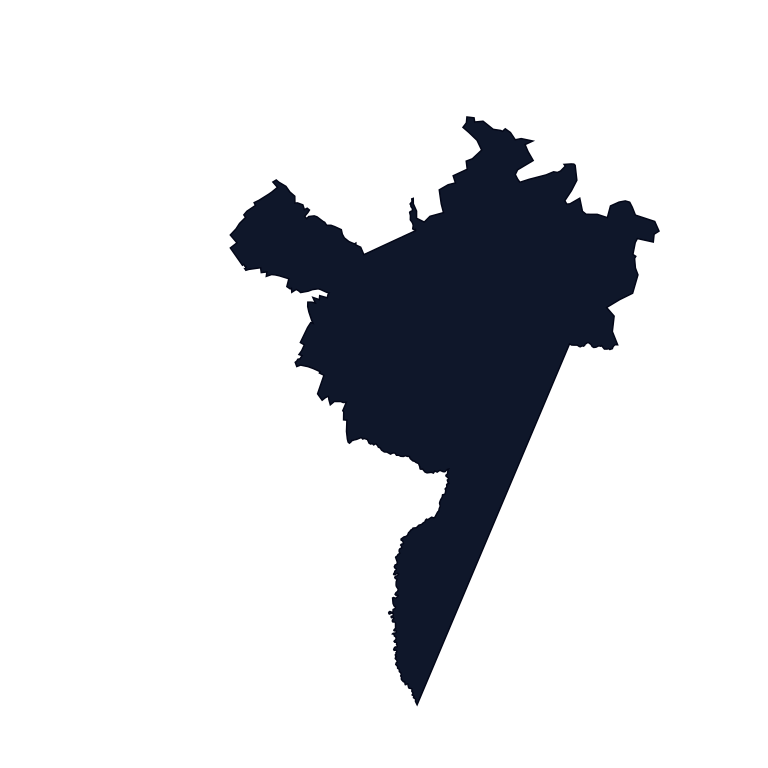 Z F Mgcawu, Northern Cape, South Africa, rotated 203°
{"feature_id": "47623444B49450251729649", "entity_name": "Z F Mgcawu", "entity_type": "district", "adm_level": 2, "iso_a3": "ZAF", "parent_name": "South Africa", "parent_adm1": "Northern Cape", "projection": "robinson", "projection_center": [20.762, -27.405], "detail": "fine", "context": "isolated", "style": "filled", "palette": "ink", "viewbox_px": 768, "rotation_deg": 203, "n_neighbors": 0, "source": "geoboundaries", "source_scale": "gbopen_adm2", "svg_char_len": 6171}
<svg xmlns="http://www.w3.org/2000/svg" viewBox="0 0 768 768"><g transform="rotate(203 384 384)"><path d="M555.6,434.7L553.2,436.7L543.0,442.8L540.5,438.6L535.6,441.4L534.4,437.1L530.3,440.8L526.9,441.9L522.6,442.7L512.7,443.7L511.5,435.7L507.6,434.9L506.6,435.9L504.7,432.4L501.8,436.7L499.2,436.5L496.5,435.6L490.1,439.8L486.8,442.9L481.8,445.9L479.6,446.2L472.8,446.0L470.1,446.3L470.5,444.4L469.9,441.2L477.7,440.2L476.5,436.4L483.3,435.9L478.8,431.7L482.4,431.1L486.1,429.6L484.5,425.5L481.3,421.0L475.3,414.2L473.0,412.1L475.4,411.9L476.4,406.2L477.2,389.5L472.6,388.9L472.8,382.4L473.8,377.9L470.5,378.1L471.2,374.3L473.0,373.1L473.3,370.9L474.2,369.3L471.1,366.0L468.2,368.8L460.7,370.3L455.2,370.6L447.7,370.4L447.8,368.9L442.7,368.6L441.3,349.0L434.6,344.9L432.5,348.7L430.7,350.8L429.6,349.9L428.7,348.2L425.3,343.9L422.9,348.5L416.9,351.0L414.3,351.0L411.5,352.5L411.5,343.3L410.2,342.6L407.2,335.2L404.0,336.2L400.0,325.7L396.2,319.0L394.3,316.5L392.7,316.0L391.8,317.7L391.6,319.5L390.8,319.6L390.0,320.6L387.6,322.3L384.3,325.6L383.7,325.8L382.1,325.0L380.8,326.2L377.5,326.4L374.6,323.7L372.8,323.5L371.5,324.6L369.7,323.9L368.2,325.9L365.7,324.7L364.6,323.7L362.4,323.6L360.4,322.2L357.2,321.6L354.6,322.5L350.6,322.0L349.2,323.7L347.5,324.6L346.5,324.5L344.7,323.3L342.6,324.2L340.4,324.0L337.8,324.9L336.3,326.4L334.3,326.5L332.4,327.2L330.7,325.6L327.4,324.5L325.6,324.8L323.9,324.3L321.1,324.3L318.9,322.0L317.6,320.0L316.7,320.0L315.3,320.8L311.9,319.0L309.7,319.0L305.9,321.2L303.7,321.3L303.3,323.7L300.6,323.7L299.4,325.7L298.5,326.4L295.3,326.4L294.1,326.8L293.5,327.3L292.5,329.9L291.4,330.8L291.5,330.2L290.5,325.8L291.3,324.4L291.1,323.6L287.7,322.4L287.4,321.7L288.2,320.3L286.9,318.7L285.6,317.9L286.8,316.6L287.0,315.8L285.9,313.8L286.7,311.3L285.5,310.0L284.9,307.2L285.1,306.1L286.8,304.9L286.2,302.5L286.6,299.7L286.5,297.0L286.3,296.0L284.5,293.6L284.5,291.0L284.0,288.7L284.6,287.1L285.1,281.2L285.9,280.2L288.1,280.0L290.6,276.3L292.1,276.2L292.6,274.7L292.4,273.2L293.8,271.2L294.5,269.4L296.7,267.7L298.1,264.3L301.0,262.7L301.2,261.4L302.3,259.9L302.6,258.2L303.3,256.7L303.2,254.3L303.6,253.2L304.3,252.2L305.9,251.0L307.7,247.9L307.1,246.9L305.6,246.9L303.8,245.0L303.8,244.5L305.4,243.3L305.7,242.3L304.4,241.5L303.6,240.0L304.9,238.7L305.2,237.6L304.8,236.1L303.3,234.3L304.5,232.5L304.7,230.7L305.5,229.6L305.6,229.0L302.1,225.2L301.7,222.9L303.0,221.9L303.1,219.8L302.2,218.9L300.6,218.8L300.3,218.2L300.2,217.5L300.9,215.9L300.6,214.4L300.9,213.2L300.8,212.6L300.3,212.4L299.4,212.8L297.6,215.1L296.3,214.7L296.8,212.8L298.4,211.3L298.5,210.2L297.6,209.4L295.6,209.3L295.5,206.7L294.3,203.6L293.4,202.4L290.7,200.6L290.4,198.6L291.5,196.4L291.6,194.7L290.2,194.1L289.2,195.0L288.3,194.9L288.3,193.7L289.5,191.3L291.8,191.2L292.5,190.4L289.9,185.5L287.9,183.6L286.5,183.4L286.2,182.9L286.1,181.6L287.5,180.0L286.7,177.9L286.8,177.4L287.3,177.0L289.7,176.9L290.2,176.3L290.3,175.2L289.6,174.4L289.0,174.4L287.5,176.2L285.6,176.1L285.0,174.3L286.6,172.9L286.3,172.2L285.8,171.8L284.2,172.7L283.6,172.4L283.3,171.8L284.0,170.0L283.6,168.9L282.7,168.4L281.5,169.1L280.4,168.9L280.0,168.4L277.9,163.6L278.7,161.9L278.6,161.0L278.1,160.8L276.3,161.4L275.6,160.6L275.9,159.5L278.2,158.0L278.5,157.3L276.9,157.5L276.0,156.1L274.3,155.8L273.1,153.8L274.2,151.1L273.3,150.5L271.6,151.1L271.1,150.6L270.8,149.3L269.4,148.0L269.2,147.5L269.5,146.9L270.8,146.4L271.3,145.5L271.4,143.5L270.6,142.8L269.2,143.6L267.9,143.2L267.6,142.5L268.0,141.2L267.3,140.4L267.8,139.2L266.9,137.9L266.1,137.8L266.5,136.2L266.3,135.6L264.4,134.9L263.1,133.3L263.8,132.1L263.6,130.4L261.1,129.3L260.4,127.7L258.5,127.3L257.5,125.3L255.6,124.6L254.6,123.5L254.6,121.8L253.4,121.1L252.8,119.2L252.1,118.6L249.7,117.5L248.7,118.1L247.0,115.6L246.5,115.7L245.7,117.1L245.0,117.3L242.8,114.3L242.1,113.8L239.5,114.4L238.9,113.9L238.3,112.0L236.4,110.9L236.6,108.8L234.4,108.4L234.3,106.8L231.8,106.3L231.0,104.1L228.2,101.7L228.9,493.4L226.4,493.2L221.2,495.3L218.8,494.8L217.8,495.0L216.6,496.5L215.1,496.8L214.4,498.0L214.5,499.0L213.0,501.4L212.0,502.0L208.9,501.3L207.1,499.9L205.2,499.6L203.3,500.7L201.3,503.0L199.2,503.5L198.8,504.4L194.8,502.3L192.2,503.4L191.2,504.3L189.6,504.0L187.6,505.8L187.8,506.9L187.4,509.1L186.7,510.4L184.3,511.4L194.3,521.5L198.7,536.4L209.0,541.4L200.0,553.8L190.6,564.7L192.9,583.7L197.9,589.0L202.4,597.5L202.1,599.9L205.5,600.5L208.0,612.4L207.6,616.9L191.6,619.9L193.9,627.4L190.6,632.2L198.3,639.4L218.6,637.7L224.5,643.7L228.8,647.3L229.5,647.3L233.4,646.8L238.7,643.3L245.1,636.4L243.4,624.4L254.0,623.5L264.2,619.2L268.8,620.5L276.4,631.5L283.2,622.5L286.0,621.0L289.2,623.4L287.0,635.1L286.1,646.9L293.5,660.0L295.1,660.6L297.7,659.7L304.0,656.5L302.2,655.4L304.7,649.0L307.0,646.5L310.8,645.6L316.5,639.8L330.3,629.2L337.7,622.8L340.9,624.7L345.0,628.1L344.7,633.4L334.0,648.0L342.2,654.2L347.7,659.5L342.0,665.8L353.6,663.5L358.6,660.1L365.9,664.9L372.1,666.3L373.7,662.8L375.6,663.0L383.0,661.1L395.5,664.6L402.9,660.6L405.1,664.2L412.0,662.2L410.2,656.6L411.6,651.1L404.1,648.7L393.6,644.7L385.5,637.5L390.7,625.8L395.4,621.3L391.3,614.2L401.7,602.7L396.8,597.0L402.8,592.5L409.0,584.3L401.7,572.2L396.2,565.0L407.2,556.3L410.2,548.8L418.8,549.3L421.6,555.9L427.4,561.3L429.6,566.3L430.8,565.2L429.5,563.0L430.3,559.9L429.1,559.0L428.5,557.8L426.4,556.6L425.7,554.9L425.7,554.4L427.3,552.8L427.4,551.9L425.5,549.4L423.9,545.4L421.1,543.7L419.9,542.5L419.0,541.2L418.2,538.0L416.7,537.8L415.5,538.7L414.8,537.5L453.1,495.2L458.9,500.8L464.2,501.0L465.0,502.7L465.9,501.4L471.9,501.4L477.6,503.0L480.9,505.6L483.6,509.4L490.9,509.6L494.7,509.4L498.8,507.7L501.8,509.7L503.5,509.8L511.0,511.7L513.9,511.5L518.8,508.7L519.7,506.0L522.5,507.3L521.1,512.0L520.6,515.0L523.4,515.8L525.4,513.4L528.7,517.2L534.4,516.9L536.7,515.7L539.5,522.0L545.7,524.0L551.5,527.6L559.7,528.7L562.9,529.7L565.2,526.5L558.9,523.4L562.3,516.8L564.4,513.5L570.9,504.2L574.4,500.2L572.1,498.1L577.7,489.5L579.1,484.9L576.5,483.3L579.7,475.4L580.8,469.0L583.7,461.1L574.5,456.5L578.6,449.2L560.7,438.0L559.9,439.3L557.7,437.8L557.0,438.1L556.4,435.9L557.1,435.7L555.6,434.7Z" fill="#0f172a" stroke="#020617" stroke-width="1.5"/></g></svg>